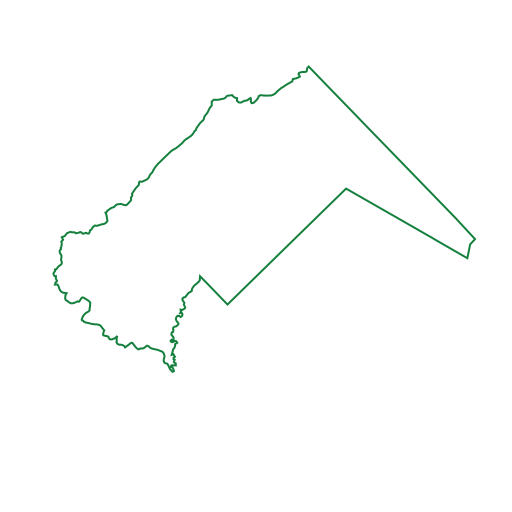 outline of Cujubim, Rondônia, Brazil, rotated 226°
{"feature_id": "56859067B44004203412105", "entity_name": "Cujubim", "entity_type": "district", "adm_level": 2, "iso_a3": "BRA", "parent_name": "Brazil", "parent_adm1": "Rondônia", "projection": "natural_earth1", "projection_center": [-62.503, -9.128], "detail": "fine", "context": "isolated", "style": "outline", "palette": "green", "viewbox_px": 512, "rotation_deg": 226, "n_neighbors": 0, "source": "geoboundaries", "source_scale": "gbopen_adm2", "svg_char_len": 4481}
<svg xmlns="http://www.w3.org/2000/svg" viewBox="0 0 512 512"><g transform="rotate(226 256 256)"><path d="M375.1,91.5L373.4,93.4L371.3,92.9L368.9,91.7L366.1,91.0L363.4,91.8L361.9,93.2L360.8,93.9L360.2,91.7L357.9,89.1L356.5,88.6L352.6,89.4L350.8,89.8L349.6,91.0L348.8,92.1L347.8,94.6L347.3,96.1L346.2,96.7L346.2,98.1L346.9,100.7L346.9,102.2L345.7,103.1L340.8,104.3L339.0,104.5L337.6,104.4L334.7,101.2L334.0,100.0L332.6,98.7L332.4,97.3L333.2,93.7L333.2,91.8L332.9,89.8L331.5,86.6L330.6,86.1L329.5,86.7L328.0,86.6L326.3,87.4L324.2,88.9L321.5,90.5L319.5,92.0L317.2,94.1L315.5,95.3L314.0,95.8L311.7,95.5L307.9,95.2L307.2,93.5L305.5,91.2L304.5,91.3L301.6,93.3L300.5,93.7L299.4,93.2L297.6,93.0L296.1,94.4L295.6,95.8L294.8,97.3L294.8,100.7L294.2,99.5L293.2,98.1L291.6,96.9L290.9,95.7L288.8,95.3L287.2,96.0L286.0,97.3L283.9,98.4L282.7,98.7L281.2,98.4L280.2,106.1L279.2,106.7L274.1,106.1L271.9,106.2L270.3,106.7L269.7,108.8L268.1,110.3L267.5,112.1L267.3,115.2L265.8,116.0L263.8,116.1L262.3,116.5L259.5,118.2L256.8,120.1L253.7,121.4L252.7,122.0L251.4,122.2L249.9,121.9L248.4,121.2L247.2,120.4L246.1,118.4L244.7,116.7L242.9,116.0L241.2,116.7L239.9,117.4L238.2,116.9L234.2,115.5L230.7,115.5L230.2,116.8L231.5,117.8L233.1,118.1L234.4,118.9L235.2,117.8L236.1,118.9L235.5,119.9L234.3,121.1L233.0,122.3L234.6,123.7L235.6,123.2L236.9,123.3L237.8,125.4L239.0,125.0L240.1,126.1L239.8,127.7L241.0,127.9L242.8,128.4L243.5,126.7L244.8,128.9L245.7,130.5L246.5,131.5L246.5,133.2L247.6,135.4L248.8,136.6L248.3,139.1L250.3,139.4L251.3,138.7L251.9,136.2L252.8,135.4L254.3,135.6L254.4,137.2L253.1,137.6L253.6,139.2L255.0,140.2L258.1,140.4L259.5,142.2L259.0,143.6L259.8,144.9L260.9,145.4L261.9,146.6L261.8,148.2L260.8,149.8L260.7,151.6L261.0,153.1L262.3,153.6L264.1,153.6L266.3,154.5L267.3,156.1L267.5,157.9L266.0,159.2L264.6,159.3L264.2,160.8L264.7,162.1L265.5,162.8L267.0,163.1L267.6,161.9L268.3,163.5L269.8,164.5L268.4,165.4L268.1,166.9L267.7,168.2L268.1,169.3L269.9,169.9L271.2,170.4L272.0,171.9L273.5,172.2L275.3,172.5L276.5,173.5L276.5,175.1L275.6,176.5L275.8,178.2L276.1,179.9L276.3,181.9L275.7,184.0L275.5,185.6L276.6,186.8L277.1,188.1L277.6,190.8L277.3,195.2L277.3,197.3L277.5,198.6L278.5,199.7L280.3,201.7L268.9,201.8L240.9,201.8L241.5,294.9L241.9,367.6L184.6,384.3L145.7,395.6L144.1,396.0L121.8,402.4L107.6,406.5L113.3,414.8L115.6,418.1L116.0,425.3L143.9,425.9L234.1,425.7L274.0,425.6L290.6,425.6L330.9,425.5L355.7,425.5L355.6,423.4L353.7,420.8L354.0,419.5L356.5,416.8L357.8,414.2L357.4,413.0L354.6,412.2L355.1,410.3L356.0,408.1L357.7,405.4L356.4,403.4L357.9,397.8L358.7,393.4L359.3,390.7L359.7,385.8L359.5,383.7L359.7,381.7L360.4,379.5L361.0,378.4L364.2,374.8L366.9,372.3L368.4,371.2L369.1,369.1L368.3,367.6L367.8,364.8L367.8,360.8L369.0,359.0L371.0,359.7L372.3,361.4L373.4,361.8L373.8,360.1L374.0,358.5L374.6,356.7L375.7,355.5L376.8,351.8L378.4,350.3L380.8,350.1L382.7,352.0L384.6,350.8L385.9,350.5L388.3,350.6L389.7,348.6L390.9,347.2L391.3,346.1L391.1,344.0L391.5,342.3L394.8,337.1L396.2,335.7L397.7,334.2L397.8,331.4L395.0,328.7L394.6,325.5L392.8,320.6L392.5,318.1L392.1,315.7L390.8,313.7L390.4,312.3L390.5,309.6L390.3,307.2L389.3,301.9L388.4,300.4L388.5,298.3L387.8,296.2L387.5,293.9L387.6,292.2L388.1,289.3L388.7,286.3L388.8,284.9L388.5,281.3L388.7,277.1L389.2,273.0L390.2,269.3L390.4,267.3L390.4,257.1L390.4,249.6L389.9,245.1L389.1,241.9L388.3,239.9L388.0,236.1L386.9,233.3L386.8,232.0L386.9,230.5L388.6,225.5L390.3,224.2L390.2,223.0L389.3,222.1L388.5,220.9L388.3,216.6L387.2,211.1L386.8,209.9L385.4,209.1L384.8,206.4L383.6,205.6L382.8,204.5L382.7,202.2L382.5,198.8L383.1,197.4L385.4,196.0L387.3,195.0L388.6,193.3L389.6,192.0L390.0,190.1L389.8,187.9L390.6,186.3L391.1,185.2L391.4,183.3L391.6,181.9L391.8,180.5L391.4,179.1L391.8,177.9L389.9,177.2L388.8,176.5L386.3,174.8L384.3,173.3L384.1,170.7L384.8,168.6L386.0,167.0L386.8,165.3L388.3,162.4L389.9,161.2L390.1,159.1L389.8,157.3L389.4,156.0L389.7,154.3L388.7,152.9L388.3,151.4L389.0,150.5L390.8,149.8L391.5,148.2L392.3,146.9L393.9,146.8L395.3,146.3L395.9,144.7L397.4,142.3L399.3,141.8L400.8,140.1L402.2,139.4L403.2,137.2L403.7,135.6L403.2,132.4L404.4,129.3L401.7,128.5L401.5,125.8L400.3,125.3L399.2,124.2L397.8,122.2L397.4,121.0L396.4,120.5L396.3,118.6L394.6,117.1L392.8,116.8L391.1,116.1L390.1,114.9L388.5,112.9L386.8,112.3L385.4,110.9L385.3,109.5L385.7,106.8L385.2,103.0L386.0,102.0L384.8,101.1L384.4,98.8L383.8,97.8L381.5,97.1L380.5,98.1L378.9,96.4L376.2,95.5L376.1,93.2L375.1,91.5Z" fill="none" stroke="#15803d" stroke-width="2"/></g></svg>